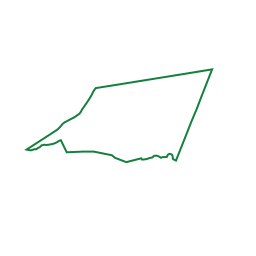 the district of Coivaras, Piauí, Brazil, rotated 65°
{"feature_id": "56859067B16410045204103", "entity_name": "Coivaras", "entity_type": "district", "adm_level": 2, "iso_a3": "BRA", "parent_name": "Brazil", "parent_adm1": "Piauí", "projection": "equal_earth", "projection_center": [-42.266, -5.118], "detail": "fine", "context": "isolated", "style": "outline", "palette": "green", "viewbox_px": 256, "rotation_deg": 65, "n_neighbors": 0, "source": "geoboundaries", "source_scale": "gbopen_adm2", "svg_char_len": 989}
<svg xmlns="http://www.w3.org/2000/svg" viewBox="0 0 256 256"><g transform="rotate(65 128 128)"><path d="M162.5,128.7L163.2,127.0L164.0,124.3L164.4,120.6L165.0,118.4L164.2,116.0L165.3,113.5L166.8,112.1L168.9,110.7L169.0,109.0L169.9,107.0L170.6,105.0L169.1,103.2L168.9,101.3L170.3,99.7L171.7,99.3L172.9,99.7L175.1,100.3L176.6,99.3L177.8,98.3L159.6,79.0L149.5,68.4L143.5,61.8L140.0,57.9L130.3,47.9L110.4,27.0L93.7,86.0L78.2,140.4L80.1,143.8L83.3,147.8L86.1,152.1L87.5,154.4L89.5,157.8L91.8,161.8L93.4,163.9L94.6,166.0L95.0,168.7L95.5,171.0L96.1,183.1L96.6,185.4L98.2,188.8L99.5,192.2L101.2,203.8L104.7,229.0L106.0,227.4L107.3,225.2L107.7,221.6L108.5,220.2L108.1,218.3L108.0,215.8L107.2,213.7L107.8,211.0L108.9,209.1L109.6,207.1L110.1,205.0L110.7,202.7L110.9,200.8L110.9,198.3L110.5,195.8L110.7,194.0L124.1,193.8L128.4,183.5L130.3,178.9L135.0,168.9L145.9,154.1L149.5,152.4L158.2,144.0L158.9,140.3L160.2,133.5L161.0,128.9L162.5,128.7Z" fill="none" stroke="#15803d" stroke-width="2"/></g></svg>